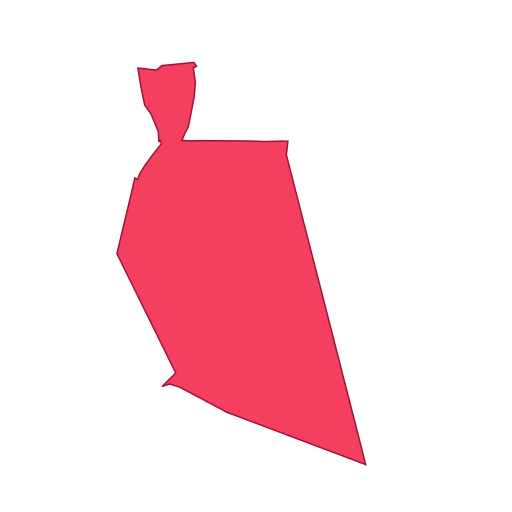 San Miguel Tequixtepec, Oaxaca, Mexico (Natural Earth projection), rotated 112°
{"feature_id": "50627088B88201082467203", "entity_name": "San Miguel Tequixtepec", "entity_type": "district", "adm_level": 2, "iso_a3": "MEX", "parent_name": "Mexico", "parent_adm1": "Oaxaca", "projection": "natural_earth1", "projection_center": [-97.352, 17.831], "detail": "fine", "context": "isolated", "style": "filled", "palette": "rose", "viewbox_px": 512, "rotation_deg": 112, "n_neighbors": 0, "source": "geoboundaries", "source_scale": "gbopen_adm2", "svg_char_len": 865}
<svg xmlns="http://www.w3.org/2000/svg" viewBox="0 0 512 512"><g transform="rotate(112 256 256)"><path d="M412.2,294.2L407.0,288.1L406.2,277.7L406.2,277.4L411.8,224.6L408.3,76.1L372.0,102.8L275.6,173.8L203.7,226.8L177.5,246.1L150.7,265.8L137.6,269.4L139.7,274.9L146.5,290.5L152.2,306.1L162.3,331.6L169.8,350.5L173.9,360.2L176.6,368.0L168.3,367.9L162.1,367.1L151.2,369.1L131.2,373.0L117.7,377.3L105.1,384.6L102.4,382.2L99.8,386.1L114.7,414.6L121.0,418.0L124.5,430.8L126.0,435.9L140.8,426.9L143.7,425.1L157.8,415.7L163.8,406.4L170.1,400.2L177.3,393.1L186.2,389.0L184.7,387.6L187.5,385.9L201.3,389.8L213.4,392.9L222.8,394.6L224.0,394.5L224.7,394.6L226.5,394.5L227.8,394.5L229.2,394.4L229.2,395.6L229.1,397.0L229.0,397.6L232.4,397.0L249.7,394.3L283.1,389.3L306.0,385.8L329.8,359.1L394.5,286.6L412.2,294.2Z" fill="#f43f5e" stroke="#9f1239" stroke-width="1.5"/></g></svg>